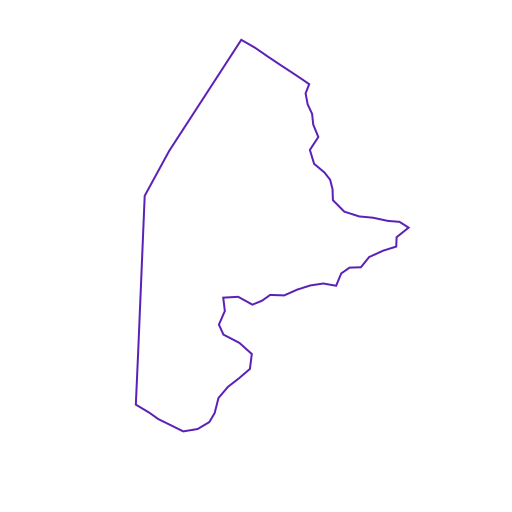 Carrapateira, Paraíba, Brazil, rotated 25°
{"feature_id": "56859067B41888191918585", "entity_name": "Carrapateira", "entity_type": "district", "adm_level": 2, "iso_a3": "BRA", "parent_name": "Brazil", "parent_adm1": "Paraíba", "projection": "mercator", "projection_center": [-38.322, -7.048], "detail": "fine", "context": "isolated", "style": "outline", "palette": "violet", "viewbox_px": 512, "rotation_deg": 25, "n_neighbors": 0, "source": "geoboundaries", "source_scale": "gbopen_adm2", "svg_char_len": 888}
<svg xmlns="http://www.w3.org/2000/svg" viewBox="0 0 512 512"><g transform="rotate(25 256 256)"><path d="M382.3,165.8L371.6,164.4L360.9,168.4L345.7,171.9L332.9,176.5L317.3,178.5L302.1,172.9L297.2,163.2L291.0,155.6L282.8,151.4L269.7,147.9L260.0,137.1L262.2,121.8L252.3,112.7L246.8,103.5L238.7,96.7L232.2,87.6L231.6,77.8L221.5,76.1L209.5,74.3L196.9,72.5L182.7,70.3L167.3,67.7L151.3,66.3L132.9,197.4L129.7,248.5L189.2,391.4L209.9,441.5L225.5,443.1L236.4,445.1L264.2,445.7L276.2,437.5L283.9,426.2L284.9,415.8L282.0,400.5L285.9,386.4L292.4,373.7L298.2,360.9L293.6,346.6L277.8,341.8L259.7,341.0L251.4,333.9L251.0,319.0L243.9,307.6L257.1,300.5L273.3,301.6L280.4,293.9L285.3,285.3L298.2,279.8L307.6,269.0L317.7,259.7L328.6,252.5L341.2,249.1L340.6,235.8L345.7,227.0L355.8,221.9L359.0,209.1L369.0,197.4L379.1,188.2L375.5,179.5L382.3,165.8Z" fill="none" stroke="#5b21b6" stroke-width="2"/></g></svg>